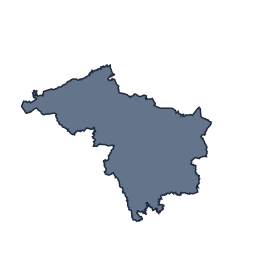 Jilotlán de los Dolores, Jalisco, Mexico, rotated 223°
{"feature_id": "50627088B52890946668880", "entity_name": "Jilotlán de los Dolores", "entity_type": "district", "adm_level": 2, "iso_a3": "MEX", "parent_name": "Mexico", "parent_adm1": "Jalisco", "projection": "orthographic", "projection_center": [-102.935, 19.317], "detail": "fine", "context": "isolated", "style": "filled", "palette": "slate", "viewbox_px": 256, "rotation_deg": 223, "n_neighbors": 0, "source": "geoboundaries", "source_scale": "gbopen_adm2", "svg_char_len": 5687}
<svg xmlns="http://www.w3.org/2000/svg" viewBox="0 0 256 256"><g transform="rotate(223 128 128)"><path d="M65.0,66.2L63.9,65.8L64.1,65.4L61.5,64.3L60.3,65.7L58.0,65.7L57.2,67.3L57.8,67.7L56.5,67.5L56.3,68.3L56.8,68.5L56.3,69.1L55.9,68.4L56.2,69.9L55.3,70.6L55.5,71.3L57.8,72.3L58.4,71.3L59.1,71.2L61.3,71.8L63.2,71.7L63.6,72.1L63.3,72.3L63.6,73.1L64.4,73.6L64.5,74.1L62.4,74.6L61.2,75.4L60.6,77.0L59.9,77.0L60.0,76.6L58.9,76.0L57.1,77.2L55.3,77.1L56.6,77.3L56.6,78.0L57.3,77.9L57.8,78.4L59.2,77.9L58.6,80.2L60.1,80.1L60.5,81.0L59.5,81.8L59.9,83.7L61.6,83.9L61.8,85.3L62.5,85.7L63.4,85.4L63.0,86.6L60.9,85.9L60.7,86.3L60.1,86.2L60.0,85.2L59.3,85.1L58.1,85.8L57.4,85.1L56.4,86.2L54.7,85.3L54.1,85.4L54.2,84.8L53.7,84.6L52.6,87.1L53.0,88.1L52.0,88.9L51.4,88.7L51.2,87.5L50.4,87.4L50.4,86.7L49.9,86.4L49.5,86.8L47.9,86.6L48.9,87.5L48.4,88.3L47.6,87.5L47.1,87.7L47.6,90.4L46.8,92.3L47.4,93.2L47.7,92.8L48.9,93.4L48.6,95.5L49.2,95.9L49.6,95.4L50.7,95.3L53.3,92.6L53.8,94.6L55.6,94.9L55.1,96.4L57.0,96.9L54.9,99.0L57.9,100.6L57.6,101.8L56.9,102.8L56.4,102.7L56.2,103.4L55.6,103.6L55.2,104.6L55.5,105.1L54.6,105.8L55.0,106.7L54.6,107.4L52.9,108.1L52.6,110.8L49.6,111.0L50.1,112.1L49.2,113.5L47.5,112.3L46.7,112.6L46.6,113.1L45.9,112.9L45.0,114.1L44.4,114.0L43.7,115.3L44.9,115.9L45.1,117.1L44.2,117.1L42.2,119.7L41.2,119.6L40.1,120.6L39.5,120.5L38.5,121.7L38.0,121.4L37.8,121.8L38.1,122.6L35.6,124.2L33.4,128.7L35.0,130.0L37.6,131.2L37.7,131.5L36.0,132.3L38.3,133.1L37.9,133.9L38.5,134.5L38.2,135.9L40.1,137.5L41.0,139.8L41.9,139.6L43.5,140.7L43.0,141.1L43.3,141.7L46.7,140.8L47.0,141.7L48.2,141.6L49.3,142.4L49.8,143.7L51.3,144.6L51.8,145.8L52.7,146.1L52.9,146.7L53.6,146.5L54.3,145.5L54.9,145.3L55.4,145.8L55.7,145.2L57.4,144.5L58.0,146.4L59.6,147.5L58.8,149.1L59.1,149.8L58.6,152.4L55.1,154.1L54.9,156.4L53.4,158.7L51.1,160.7L52.5,161.6L53.1,163.6L54.0,164.1L54.1,164.7L56.5,165.8L56.5,166.6L57.5,168.1L58.7,168.1L59.8,169.0L61.4,169.1L63.3,170.3L65.3,170.7L65.7,171.4L66.5,171.4L67.0,170.9L67.4,171.4L68.9,171.3L68.9,173.8L68.1,174.8L67.2,175.0L67.5,176.6L68.8,177.3L68.8,179.5L69.7,181.2L69.8,186.6L71.0,189.0L72.9,188.3L74.9,188.5L75.9,188.0L75.8,187.7L77.8,187.6L78.8,186.7L81.6,186.0L83.3,186.8L88.2,191.3L90.0,191.7L90.3,189.7L89.5,181.3L91.0,180.8L93.6,177.5L94.6,177.0L95.0,176.4L94.5,175.7L94.7,174.9L95.4,174.3L96.1,174.4L96.8,175.7L97.8,174.1L97.7,173.5L98.1,174.0L99.2,174.0L99.7,173.5L100.9,173.3L102.7,174.4L103.0,171.7L105.3,173.2L109.1,172.6L117.9,164.5L124.3,162.2L124.3,164.0L125.1,164.8L125.9,164.6L130.3,166.2L130.9,165.0L134.6,161.2L135.8,162.2L135.0,162.7L136.8,164.0L138.8,162.9L140.0,160.0L141.7,158.4L144.3,158.3L146.1,157.7L146.6,156.6L146.0,155.4L147.4,153.1L147.2,152.1L148.6,152.2L148.8,151.7L151.3,151.8L154.9,150.1L158.3,147.8L160.5,149.0L160.9,149.9L162.4,150.2L163.2,152.2L166.2,152.1L170.9,154.3L171.5,154.2L172.0,153.4L172.6,153.5L172.2,152.5L172.4,152.2L173.1,152.3L172.8,151.8L173.1,150.6L174.1,150.7L175.1,149.7L175.8,150.1L176.3,150.4L176.5,153.7L176.1,153.3L175.6,153.5L175.9,154.2L175.3,155.2L175.7,155.6L175.0,155.7L174.3,157.4L174.5,157.9L176.6,157.3L181.9,160.0L183.9,161.8L184.5,159.1L186.3,159.7L186.7,159.0L186.6,156.6L187.0,156.2L188.1,156.5L188.4,156.2L187.9,155.3L189.5,154.3L187.9,152.7L189.6,151.9L190.1,150.9L189.6,149.9L190.5,149.7L190.4,148.6L191.4,147.9L191.3,146.6L193.6,145.6L192.1,144.4L193.0,144.3L192.7,143.8L193.4,143.2L193.4,142.2L192.7,141.8L193.2,140.9L192.1,140.5L192.8,139.6L193.2,136.6L193.7,136.3L193.6,135.1L194.3,134.4L194.7,132.9L195.7,132.0L195.3,131.2L196.1,131.2L196.8,130.2L196.5,129.6L197.3,128.7L199.1,128.6L201.8,126.1L202.6,124.1L202.1,123.5L203.7,121.0L203.5,117.5L204.8,115.1L204.9,112.6L206.8,110.4L206.8,109.0L208.9,104.8L210.5,104.5L214.7,97.0L213.7,96.2L213.4,94.6L212.3,94.0L212.2,93.4L214.1,92.5L215.8,89.7L218.7,90.9L220.1,92.9L220.9,91.8L222.3,91.5L222.3,90.7L221.4,89.8L219.6,90.3L217.6,89.2L218.0,88.3L221.1,88.3L217.7,85.9L215.3,87.3L214.7,86.4L216.3,80.1L218.3,80.3L218.9,78.2L220.9,78.0L221.4,77.1L222.6,76.4L220.6,71.2L212.5,69.4L211.9,69.9L211.7,71.2L210.6,72.2L210.8,73.0L210.3,72.9L210.1,73.3L209.6,77.9L208.5,80.1L207.9,80.3L205.7,79.9L202.9,80.5L201.5,79.8L199.7,79.8L198.3,80.6L197.9,81.9L195.4,84.1L192.6,88.1L190.8,89.2L189.2,88.9L189.4,87.9L187.8,86.8L185.7,86.3L184.8,85.0L182.5,85.3L181.8,84.4L181.2,84.6L180.5,83.9L178.5,85.1L177.7,84.4L176.3,84.2L175.0,85.0L172.1,85.4L170.9,86.3L170.1,84.6L169.1,85.6L166.9,85.0L164.2,85.4L163.6,86.1L162.5,86.4L162.5,86.9L163.7,87.8L163.1,88.9L163.4,89.5L163.0,91.8L161.5,92.2L161.3,93.4L160.3,93.2L159.8,95.4L158.1,95.8L158.3,99.8L156.5,100.6L155.6,101.5L154.3,101.6L153.4,102.8L153.4,105.1L152.4,105.1L151.5,103.5L150.1,103.8L149.4,103.3L150.5,102.5L150.1,101.5L150.2,100.4L149.8,99.7L149.3,99.9L149.2,100.6L148.8,99.9L147.9,100.0L147.6,98.0L148.0,97.2L146.1,96.7L145.3,97.4L143.6,96.9L143.9,94.5L142.3,94.1L140.9,91.1L138.5,93.2L138.1,94.5L138.6,95.4L137.7,96.3L137.6,97.4L136.7,97.4L133.6,100.2L130.3,101.4L127.8,104.7L127.4,104.5L126.3,105.6L124.6,102.4L125.0,100.8L123.8,98.4L124.0,97.5L123.3,97.1L123.1,96.0L123.6,94.7L120.8,92.0L121.0,89.9L121.7,89.6L121.9,88.6L122.8,89.2L123.5,87.5L123.0,86.7L121.7,86.6L120.4,85.1L119.9,85.2L119.6,84.1L116.2,83.3L114.9,81.5L115.1,80.9L114.7,80.7L115.3,79.9L113.0,79.0L110.5,80.1L109.2,81.6L108.7,83.3L108.9,84.1L108.2,85.1L107.8,84.6L106.6,84.8L104.3,83.9L103.3,83.1L102.8,84.2L100.1,83.8L99.2,82.9L98.3,83.1L93.9,79.5L90.9,80.4L89.6,79.5L88.4,77.5L87.5,78.0L87.2,77.3L86.2,78.2L83.2,76.4L81.3,76.5L81.4,76.0L80.1,75.2L78.8,75.2L78.7,74.6L79.3,73.9L77.5,73.4L75.4,71.2L73.8,70.3L72.6,70.3L71.8,68.9L69.3,70.0L65.4,66.6L65.0,66.7L65.0,66.2Z" fill="#64748b" stroke="#1e293b" stroke-width="1.5"/></g></svg>